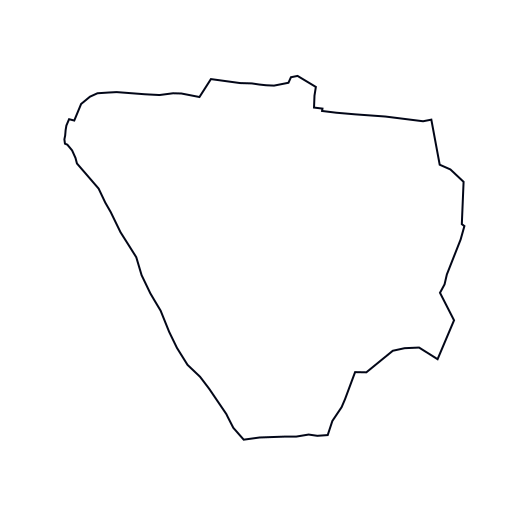 the district of Apa, Benue, Nigeria, rotated 97°
{"feature_id": "59680162B6932812925911", "entity_name": "Apa", "entity_type": "district", "adm_level": 2, "iso_a3": "NGA", "parent_name": "Nigeria", "parent_adm1": "Benue", "projection": "orthographic", "projection_center": [7.868, 7.602], "detail": "fine", "context": "isolated", "style": "outline", "palette": "ink", "viewbox_px": 512, "rotation_deg": 97, "n_neighbors": 0, "source": "geoboundaries", "source_scale": "gbopen_adm2", "svg_char_len": 1218}
<svg xmlns="http://www.w3.org/2000/svg" viewBox="0 0 512 512"><g transform="rotate(97 256 256)"><path d="M101.8,144.5L103.3,174.5L104.0,193.8L104.0,208.1L101.6,208.0L101.6,216.5L89.7,217.5L80.9,217.2L72.2,236.7L74.3,243.1L80.1,244.9L84.7,258.9L85.3,266.9L85.4,273.8L85.2,281.2L86.3,292.8L85.9,322.3L105.1,331.5L104.6,338.6L103.8,349.9L104.6,358.2L108.0,371.4L109.0,385.8L110.3,414.3L111.8,422.7L113.8,433.2L118.1,440.2L126.4,448.1L143.7,452.9L143.0,458.2L149.6,460.1L154.2,460.3L156.7,460.2L159.7,460.1L163.6,460.4L167.8,459.3L168.5,456.8L173.6,451.4L180.7,447.1L186.0,445.0L188.7,442.0L208.3,420.4L221.4,412.1L230.2,405.5L248.9,393.4L263.2,381.7L271.8,374.7L289.0,367.2L306.0,356.3L312.0,351.7L321.9,344.0L341.8,333.0L356.8,323.3L367.7,314.5L372.4,310.7L382.7,296.8L393.5,286.3L416.6,266.1L418.8,264.7L429.3,257.6L439.8,245.8L435.7,230.3L431.7,205.1L430.3,193.9L426.8,182.0L427.0,173.2L425.0,163.0L410.4,160.1L395.6,152.6L387.3,150.2L359.2,143.5L358.0,132.3L333.4,108.7L329.4,97.3L327.0,83.0L336.3,63.2L295.7,51.6L270.1,68.9L261.2,65.4L250.9,64.3L248.7,63.7L214.7,54.9L200.9,52.8L199.3,55.6L157.1,59.0L146.4,73.6L143.0,84.8L99.3,98.6L101.9,106.6L101.8,144.5Z" fill="none" stroke="#020617" stroke-width="2"/></g></svg>